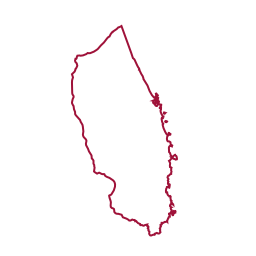 Aceh Jaya, Aceh, Indonesia, rotated 199°
{"feature_id": "22746128B21424895456858", "entity_name": "Aceh Jaya", "entity_type": "district", "adm_level": 2, "iso_a3": "IDN", "parent_name": "Indonesia", "parent_adm1": "Aceh", "projection": "robinson", "projection_center": [95.543, 4.811], "detail": "fine", "context": "isolated", "style": "outline", "palette": "rose", "viewbox_px": 256, "rotation_deg": 199, "n_neighbors": 0, "source": "geoboundaries", "source_scale": "gbopen_adm2", "svg_char_len": 5617}
<svg xmlns="http://www.w3.org/2000/svg" viewBox="0 0 256 256"><g transform="rotate(199 128 128)"><path d="M198.5,160.6L196.5,158.0L196.4,155.0L195.8,152.8L192.1,142.8L191.4,141.7L189.9,140.5L189.5,139.6L189.7,137.2L189.3,134.0L188.9,133.1L187.5,131.7L186.6,131.0L185.2,128.2L183.3,126.0L182.6,124.2L182.2,123.6L181.0,122.8L176.0,120.0L174.8,118.5L172.1,116.2L171.2,114.7L169.1,110.3L168.5,107.1L167.8,105.9L166.9,105.0L164.4,103.7L163.4,102.8L163.1,102.3L162.7,99.5L162.0,98.1L159.1,95.4L157.3,93.2L153.6,90.2L152.3,87.4L150.9,86.7L150.0,85.9L149.0,83.0L147.9,82.0L147.4,80.7L146.7,79.7L146.0,75.9L145.3,75.5L142.4,74.8L141.1,76.1L140.6,76.4L138.1,76.0L136.9,76.1L135.8,76.6L135.3,76.6L134.2,75.5L133.5,75.2L131.9,74.9L129.3,74.8L125.2,73.7L123.7,72.9L122.9,72.1L121.9,70.6L121.2,68.3L121.1,64.4L122.1,59.8L122.4,59.3L123.7,58.2L123.8,57.8L122.6,55.8L120.8,53.5L120.0,52.2L119.2,49.1L118.5,47.7L117.3,47.1L115.6,47.1L115.0,46.9L114.4,46.0L113.6,44.2L112.1,43.3L110.5,43.3L109.4,43.7L105.8,43.9L103.8,41.9L99.8,41.8L97.8,41.4L96.7,40.9L95.4,41.4L94.2,42.8L92.9,42.8L92.1,43.1L91.7,43.1L91.0,42.3L90.6,42.8L89.7,42.6L89.2,42.0L88.4,41.8L87.5,41.3L85.3,41.2L85.0,40.4L84.6,40.2L83.1,40.8L82.4,40.6L81.3,40.7L80.3,41.8L78.4,43.0L78.4,42.2L78.0,41.7L77.7,41.4L77.1,41.7L76.4,41.1L76.6,39.5L75.6,39.0L75.5,38.0L74.8,37.3L74.1,37.1L73.9,36.8L73.7,35.3L73.3,34.6L72.4,33.9L71.9,33.7L71.1,33.9L69.3,35.4L68.1,35.7L68.0,36.1L68.2,36.8L67.4,37.4L67.0,37.9L66.6,38.2L65.1,38.0L64.0,38.6L63.4,40.1L64.3,41.2L64.3,42.1L65.3,43.4L64.9,44.2L65.2,45.3L64.9,45.7L65.7,46.8L64.8,47.6L64.7,48.2L65.4,48.9L65.4,49.3L63.7,49.8L63.5,50.0L62.9,51.1L61.7,51.5L60.8,52.4L60.4,52.2L60.9,53.3L60.6,54.1L60.7,55.1L60.4,55.9L60.6,56.6L60.3,57.1L60.2,58.1L59.7,58.1L60.0,58.8L60.5,59.7L61.1,59.8L61.3,60.3L60.9,60.5L60.3,61.5L60.0,61.2L59.6,61.9L59.0,62.4L58.5,62.5L57.3,62.2L56.7,62.4L55.8,63.3L56.1,63.5L56.3,64.1L56.0,64.7L56.2,64.9L57.2,64.3L57.7,64.5L59.1,63.0L59.9,63.3L59.8,63.9L60.0,64.6L60.8,65.0L61.5,66.1L61.5,66.8L61.3,67.0L61.8,67.0L62.2,67.9L62.9,67.9L63.1,68.5L62.9,69.8L62.3,70.6L61.2,70.3L60.7,70.5L60.3,70.3L60.4,70.5L61.6,71.2L62.3,71.0L62.7,71.3L62.8,71.5L62.7,71.8L63.0,71.9L63.2,72.5L63.0,73.2L63.2,73.3L63.6,73.1L64.0,73.4L64.2,74.2L64.9,75.2L65.4,77.1L66.0,77.4L66.7,76.8L67.0,77.1L67.7,77.2L68.6,77.7L69.3,78.5L69.9,79.7L70.2,79.4L71.0,79.5L71.7,80.9L72.1,83.1L71.8,84.7L71.9,84.9L70.9,85.4L69.9,85.0L69.5,85.0L69.5,85.3L70.2,86.0L69.7,86.3L69.7,86.9L70.0,87.3L70.1,88.1L70.4,88.3L70.9,88.3L71.4,87.7L72.1,88.3L72.6,90.3L72.4,90.5L73.3,91.4L73.1,92.9L74.5,94.0L74.6,95.3L74.4,95.9L73.7,96.4L73.3,97.7L72.2,98.6L72.7,100.0L72.6,100.8L73.5,102.1L73.6,102.8L74.0,103.8L73.9,104.6L74.4,104.8L75.5,104.7L76.1,105.9L76.7,108.5L78.5,110.3L77.9,110.9L77.1,113.0L77.0,113.4L77.2,114.2L77.4,114.3L77.1,114.4L77.5,114.7L77.4,115.1L77.8,115.6L79.0,116.4L80.1,118.0L81.3,118.6L82.9,122.6L83.0,123.6L82.7,124.5L81.2,125.1L80.5,124.9L80.5,125.9L81.8,126.2L82.4,126.5L83.2,128.3L84.0,128.6L84.9,128.7L85.6,128.4L86.1,128.4L86.8,128.9L87.7,130.4L88.1,132.5L88.1,133.2L87.7,133.8L89.9,135.0L91.7,136.6L94.4,139.5L96.3,142.3L96.0,143.1L96.1,143.6L96.7,143.7L97.9,145.2L99.2,147.5L99.3,148.7L99.0,149.1L98.7,149.4L98.7,149.1L98.1,148.8L97.8,149.3L97.6,149.2L97.9,149.4L98.2,150.4L98.7,150.2L101.0,152.2L102.3,153.8L102.9,155.0L102.8,156.1L103.2,157.4L103.5,157.0L104.4,157.1L104.6,157.6L104.1,158.4L104.4,159.3L104.1,159.5L104.0,160.3L104.2,160.9L104.4,160.9L104.6,160.4L104.9,160.2L105.5,160.6L106.4,160.8L107.1,160.6L107.5,160.5L107.3,159.7L107.8,159.2L107.7,158.4L108.4,158.0L109.5,158.3L110.0,158.8L110.3,159.6L111.1,159.4L112.3,159.9L112.6,160.3L112.7,161.0L112.6,162.2L113.1,162.1L112.2,162.9L112.0,163.3L111.5,163.1L110.4,163.4L110.6,164.2L110.9,164.6L110.2,165.1L109.8,164.8L109.1,165.1L109.0,165.3L109.5,165.8L109.4,166.3L109.9,166.4L110.5,166.1L111.2,166.8L112.0,167.0L112.2,166.8L112.1,166.3L111.8,165.9L112.2,165.4L113.2,165.2L116.1,166.9L119.7,170.1L123.4,174.5L129.4,179.4L129.6,180.0L131.0,181.8L132.9,183.3L135.8,186.2L136.2,186.9L136.6,186.8L136.7,187.6L137.0,188.0L138.0,188.6L139.7,190.2L144.1,194.8L145.0,195.3L146.1,195.7L149.3,199.9L167.4,222.3L168.9,220.6L169.9,220.0L170.9,217.9L173.9,213.9L173.8,213.5L174.3,213.1L174.9,211.3L175.3,208.4L176.1,207.7L176.9,206.1L178.6,201.0L180.5,197.3L182.3,192.8L183.2,191.5L185.1,189.1L188.1,186.5L189.5,185.9L190.5,185.8L191.6,184.2L194.2,182.0L196.4,180.9L197.4,180.8L199.4,179.9L199.5,178.7L199.3,177.0L199.6,176.4L200.2,176.3L200.0,174.4L199.3,173.4L197.5,172.4L197.1,171.7L196.3,170.6L196.2,169.9L196.5,167.4L196.8,167.0L196.9,166.4L196.7,166.0L196.8,164.0L198.5,160.6ZM73.7,113.9L72.8,113.6L72.4,113.8L71.6,114.3L71.6,114.7L72.5,116.4L73.2,117.2L74.2,117.4L74.7,118.0L74.9,117.9L76.2,115.8L76.1,114.3L75.2,113.7L73.7,113.9ZM87.6,136.0L87.7,135.4L87.5,135.2L86.0,135.3L85.8,135.6L86.0,136.2L86.5,136.2L87.5,136.7L87.9,136.6L87.9,136.4L87.6,136.0ZM109.9,161.9L110.6,161.3L110.6,160.9L109.8,160.5L109.4,161.0L109.5,161.8L109.9,161.9ZM107.8,163.4L108.1,163.1L108.1,162.7L107.9,162.4L107.8,161.6L107.4,161.8L107.2,162.4L107.3,163.1L107.8,163.4ZM94.9,146.1L94.5,145.9L94.0,146.2L93.7,146.0L93.4,146.2L93.2,146.9L93.6,147.0L93.9,146.5L94.7,146.8L94.9,146.6L94.9,146.1ZM57.9,61.0L58.0,60.5L57.4,60.1L57.0,60.3L57.0,60.8L57.9,61.0ZM98.8,153.4L98.0,153.4L97.7,154.1L98.2,153.9L98.5,154.1L98.6,154.5L99.0,154.4L99.0,154.0L98.8,153.4ZM109.1,163.5L109.4,163.0L109.1,162.5L108.8,162.4L108.7,163.3L109.1,163.5ZM111.1,168.8L111.1,168.1L110.5,167.9L110.4,168.6L111.1,168.8ZM112.4,169.8L112.8,169.5L112.4,168.8L112.1,169.6L112.4,169.8Z" fill="none" stroke="#9f1239" stroke-width="2"/></g></svg>